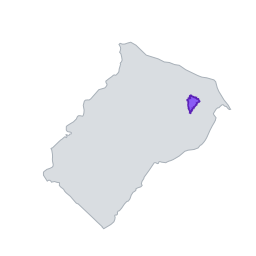 Wassa Amenfi East, Western, Ghana (highlighted), rotated 224°
{"feature_id": "2480657B15365927336493", "entity_name": "Wassa Amenfi East", "entity_type": "district", "adm_level": 2, "iso_a3": "GHA", "parent_name": "Ghana", "parent_adm1": "Western", "projection": "mercator", "projection_center": [-2.086, 5.877], "detail": "fine", "context": "in_parent", "style": "filled", "palette": "violet", "viewbox_px": 256, "rotation_deg": 224, "n_neighbors": 0, "source": "geoboundaries", "source_scale": "gbopen_adm2", "svg_char_len": 5543}
<svg xmlns="http://www.w3.org/2000/svg" viewBox="0 0 256 256"><g transform="rotate(224 128 128)"><path d="M156.0,35.3L157.8,37.1L158.2,38.1L157.6,41.9L156.2,44.6L155.3,47.1L155.4,48.4L156.3,49.7L159.1,51.6L160.6,52.9L162.3,54.9L164.3,56.8L167.6,59.2L169.1,59.7L169.0,60.4L168.5,61.3L168.2,70.6L168.0,72.9L167.7,74.1L167.4,77.6L167.0,78.1L166.4,78.0L165.8,78.2L165.7,78.8L165.9,79.5L167.9,80.0L167.5,80.6L166.0,81.0L165.3,82.1L165.6,83.2L164.8,84.2L165.0,84.8L165.5,85.3L166.4,85.1L168.8,83.5L169.8,83.4L171.0,83.7L173.3,86.1L173.4,87.3L172.4,91.3L171.5,94.5L171.4,98.6L172.3,101.0L172.2,102.3L171.2,103.4L168.8,105.0L169.0,106.1L170.1,108.1L172.0,110.4L175.9,113.2L178.0,116.9L178.0,118.4L176.8,119.9L175.4,121.2L175.0,123.0L175.6,135.3L172.5,140.7L172.5,142.2L172.8,143.9L173.6,145.0L175.2,145.3L176.5,146.3L176.0,150.1L175.3,153.9L175.2,155.7L174.8,156.6L173.6,157.3L173.2,158.5L173.5,160.0L173.3,161.1L173.9,162.5L175.3,164.3L177.6,168.7L178.4,169.0L178.8,169.9L178.6,170.8L179.4,172.8L181.9,174.7L184.5,176.4L186.7,176.7L187.2,178.2L188.5,180.1L189.6,180.9L191.2,181.5L192.5,181.8L192.5,183.4L190.2,184.5L188.6,186.2L187.3,188.8L185.6,191.6L179.8,193.1L177.5,193.1L165.5,193.1L154.3,198.7L147.8,200.7L143.8,203.8L138.5,206.0L134.7,208.7L127.0,210.0L114.2,214.2L110.2,215.9L106.2,218.8L99.6,222.3L97.1,222.2L91.9,219.0L88.1,217.4L78.6,214.9L71.6,214.0L68.2,212.9L67.2,212.7L68.0,211.6L70.0,211.5L72.1,211.8L73.6,210.9L75.9,210.8L76.5,209.9L76.7,207.6L76.7,205.7L77.5,204.9L77.7,202.7L76.6,197.7L75.8,197.2L71.7,196.5L71.3,195.5L70.6,194.5L69.8,192.0L68.9,188.2L67.5,183.5L64.7,175.8L64.0,173.1L63.6,170.3L63.5,167.0L64.0,165.8L63.9,164.1L63.7,162.4L65.6,158.4L69.5,153.6L70.3,151.9L71.0,150.7L71.1,149.0L71.7,143.4L73.6,136.6L74.7,134.0L75.5,132.7L76.4,130.4L76.7,129.3L80.2,126.7L81.8,126.0L82.2,124.9L81.6,123.8L81.9,123.0L82.7,122.6L84.0,122.3L85.0,121.2L83.5,112.8L82.3,104.5L82.2,103.8L81.5,102.6L80.8,99.2L79.6,97.1L77.9,96.5L77.9,94.6L79.6,91.4L80.0,89.5L79.2,89.0L79.1,87.5L79.7,85.1L79.4,83.7L79.1,82.1L77.4,78.4L77.0,75.8L77.8,74.3L77.8,71.0L76.9,65.9L76.7,62.6L77.4,61.3L77.1,60.0L75.8,58.8L75.7,57.6L76.8,56.4L76.6,55.5L75.3,54.9L74.1,53.3L73.0,50.8L73.3,46.8L75.3,39.4L75.5,38.7L77.8,38.8L77.8,39.1L84.9,39.0L92.9,39.0L102.6,38.9L111.4,38.8L111.7,38.4L113.2,38.0L122.0,38.8L127.6,38.4L129.9,38.6L131.7,39.2L135.5,38.8L137.5,39.0L139.1,40.9L139.7,40.9L140.5,40.1L142.1,39.2L143.6,38.5L144.7,37.0L145.4,35.9L146.4,36.2L147.9,36.1L148.9,35.2L149.2,33.7L156.0,35.3Z" fill="#d9dde1" stroke="#a8b0b8" stroke-width="1"/><path d="M95.0,197.1L95.5,197.1L95.8,197.1L96.2,197.2L96.4,197.3L96.5,197.3L96.8,197.3L97.0,197.5L97.1,197.4L97.1,197.2L97.3,197.2L97.6,197.2L97.8,197.3L97.9,197.6L98.0,197.5L98.0,197.4L98.0,197.1L98.3,197.0L98.3,196.9L98.5,196.7L98.9,196.8L98.9,197.1L99.0,197.1L99.0,196.9L99.2,196.7L99.4,196.7L99.4,196.8L99.6,196.8L99.8,196.9L100.1,196.7L100.2,196.8L100.3,197.0L100.4,196.9L100.4,197.0L100.5,196.9L100.6,197.0L100.7,196.9L100.8,196.9L101.0,196.9L101.3,196.8L101.3,196.7L101.4,196.4L101.5,196.3L101.7,196.2L101.9,196.1L101.9,195.9L102.0,195.9L102.0,196.0L102.2,195.9L102.3,195.7L102.5,195.7L102.7,195.8L102.8,195.9L103.0,195.6L103.3,195.5L103.3,195.4L103.6,195.3L103.7,195.2L103.8,195.2L104.0,195.1L104.3,195.0L104.5,195.1L104.7,195.3L104.8,195.6L105.0,195.6L105.4,195.2L105.6,195.1L105.8,195.0L105.8,194.8L105.7,194.8L105.8,194.5L106.0,194.2L105.9,193.9L105.0,194.1L105.1,193.9L105.2,193.7L105.3,193.6L105.5,193.5L105.5,193.4L105.2,193.1L104.6,193.0L104.1,192.9L104.3,192.5L104.4,192.4L104.5,192.3L104.7,192.1L104.4,192.1L104.5,192.0L104.4,192.0L104.2,191.8L104.3,191.7L104.3,191.8L104.4,191.6L104.6,191.3L104.6,191.1L104.8,190.6L104.9,190.3L105.1,189.9L105.1,189.6L105.1,189.3L105.0,189.2L104.9,189.1L104.6,189.0L104.4,189.1L104.3,188.9L103.9,189.1L103.9,189.3L103.7,189.3L103.3,189.3L103.2,189.3L103.1,189.1L103.0,188.7L102.8,188.5L102.5,188.5L102.5,188.3L102.3,188.1L102.3,187.9L102.0,187.8L101.8,187.7L101.7,187.6L101.5,187.4L101.4,187.3L101.5,187.1L101.5,186.9L101.3,186.7L101.2,186.6L101.0,186.4L100.8,186.2L100.7,186.1L100.4,185.9L100.2,185.7L99.9,185.4L99.6,185.3L99.4,185.3L99.2,185.2L98.9,184.8L98.8,184.7L98.7,184.8L98.5,184.6L98.4,184.6L98.2,184.6L98.3,184.4L98.0,183.9L95.9,183.3L95.6,183.4L95.6,183.1L95.4,183.1L95.2,182.9L95.0,182.7L94.7,182.4L94.5,182.5L94.4,182.5L94.4,182.3L94.2,181.7L93.9,181.8L93.7,181.8L93.4,181.9L93.5,182.1L93.6,182.3L93.4,182.5L93.7,182.7L93.7,182.8L93.8,183.0L93.9,183.4L93.9,183.5L94.0,183.9L94.0,184.0L93.9,184.1L93.9,184.3L94.0,184.4L93.9,184.4L93.9,184.5L94.0,184.6L93.9,184.7L94.0,184.9L94.0,185.0L94.1,185.3L94.2,185.5L94.1,185.8L94.2,185.7L94.3,185.8L94.4,186.0L94.5,186.0L94.4,186.1L94.5,186.2L94.6,186.5L94.8,186.5L94.9,186.8L95.0,187.0L94.9,187.3L95.0,187.3L94.9,187.4L94.9,187.5L95.0,187.5L94.9,187.7L94.9,187.8L94.9,188.1L95.0,188.0L94.9,188.2L95.0,188.2L95.0,188.3L94.9,188.3L95.0,188.4L94.9,188.4L95.0,188.5L95.0,188.8L94.9,188.8L94.9,189.0L94.9,189.3L94.8,189.5L95.0,189.8L95.0,190.0L94.9,190.0L94.9,190.3L94.8,190.6L94.9,190.8L94.9,191.0L95.0,191.1L95.0,191.3L95.1,191.5L95.3,191.6L95.3,191.8L95.2,191.8L95.1,191.7L95.0,191.9L94.9,191.8L94.7,192.1L94.9,192.4L94.8,192.5L95.0,192.7L95.2,192.8L95.2,193.0L95.4,193.0L95.5,193.2L95.7,193.3L95.8,193.4L95.7,193.4L95.7,193.6L95.6,193.8L95.8,193.9L95.7,193.9L95.7,194.1L95.4,194.5L95.4,194.9L95.6,195.1L95.5,195.3L95.5,195.5L95.4,195.6L95.3,195.8L95.2,195.8L95.1,196.0L94.9,196.1L95.0,196.4L95.1,196.6L94.9,196.6L94.9,196.9L94.9,197.0L95.0,197.1Z" fill="#8b5cf6" stroke="#5b21b6" stroke-width="1.5"/></g></svg>